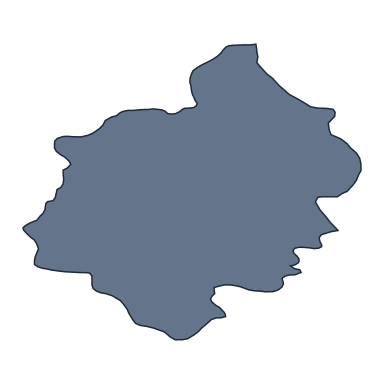 Vietka, Gomel, Belarus (Equal Earth projection)
{"feature_id": "67162791B72598168140482", "entity_name": "Vietka", "entity_type": "district", "adm_level": 2, "iso_a3": "BLR", "parent_name": "Belarus", "parent_adm1": "Gomel", "projection": "equal_earth", "projection_center": [31.254, 52.716], "detail": "fine", "context": "isolated", "style": "filled", "palette": "slate", "viewbox_px": 384, "rotation_deg": 0, "n_neighbors": 0, "source": "geoboundaries", "source_scale": "gbopen_adm2", "svg_char_len": 2904}
<svg xmlns="http://www.w3.org/2000/svg" viewBox="0 0 384 384"><path d="M338.0,230.5L337.9,230.3L330.2,222.3L326.0,216.8L320.1,210.0L315.4,202.0L317.9,197.2L322.1,196.8L329.8,196.8L337.4,196.8L342.0,193.6L347.1,191.4L353.0,185.0L356.3,180.5L358.4,175.3L361.0,170.5L360.9,163.8L359.7,158.3L356.3,152.9L350.3,147.7L347.0,143.6L340.6,138.8L330.9,134.6L329.2,129.8L328.3,123.1L334.7,116.4L335.1,112.2L333.0,109.3L326.6,108.4L317.8,108.1L310.6,106.8L305.1,103.3L297.9,99.1L289.5,94.6L278.9,85.4L272.6,78.4L267.1,74.2L261.2,67.8L256.9,62.7L257.8,57.0L256.9,51.9L256.5,47.8L255.9,44.2L250.1,44.9L246.8,44.9L243.3,44.9L238.1,45.1L232.6,45.3L228.3,45.9L225.8,47.2L223.4,49.7L221.7,52.1L220.4,53.6L217.1,56.5L212.4,59.6L207.0,62.4L201.8,64.9L196.9,67.8L193.1,70.7L191.7,73.6L190.1,78.1L189.8,82.1L190.9,85.6L191.4,90.1L192.5,94.7L193.9,97.3L195.0,100.2L197.2,103.5L196.3,105.6L194.1,107.5L189.5,108.1L184.6,108.3L182.4,109.3L179.7,111.6L175.3,113.7L171.5,114.1L167.6,113.5L165.2,111.2L161.6,109.8L153.4,108.9L148.0,109.5L144.4,109.5L139.2,109.8L133.2,110.4L128.0,110.4L123.1,111.4L120.1,112.7L117.4,115.1L116.3,115.8L111.6,117.0L105.3,120.5L102.9,125.1L99.3,128.8L92.8,133.2L87.6,135.4L81.0,136.9L72.5,136.7L67.3,136.3L63.2,136.5L57.5,138.3L54.8,141.0L54.5,144.1L54.5,148.1L56.4,151.4L60.2,154.5L64.6,157.0L68.9,161.0L70.8,164.3L67.0,168.2L63.2,170.1L63.2,175.1L63.7,179.2L63.1,183.8L61.0,187.3L59.8,188.0L57.1,189.4L55.2,197.7L53.0,200.7L47.8,201.6L46.0,203.2L45.3,206.8L45.0,209.7L42.9,213.5L39.9,216.3L37.1,220.1L29.5,223.2L25.3,225.7L23.0,227.9L23.6,230.1L26.5,233.3L30.9,237.5L34.2,239.9L36.0,242.5L37.9,246.8L38.4,249.0L35.2,256.8L34.5,260.7L34.5,264.5L37.3,266.4L37.8,266.8L43.0,268.4L46.6,268.9L52.0,270.1L60.0,271.2L65.7,271.8L73.1,272.2L80.5,272.6L85.4,272.6L89.5,273.0L92.0,276.2L92.0,280.6L92.0,285.2L93.3,288.7L96.6,291.2L100.5,292.7L105.9,293.7L112.0,295.6L115.5,297.7L120.5,300.7L123.5,304.2L127.3,309.4L128.7,313.0L132.5,319.3L135.5,323.3L140.2,325.4L146.7,326.4L153.0,327.9L160.7,330.6L164.3,331.9L167.6,334.6L170.0,336.9L175.2,339.7L175.4,339.8L179.2,339.7L182.6,339.7L187.7,338.7L194.3,334.7L199.1,330.9L201.7,328.0L206.4,324.1L211.5,319.5L216.4,317.9L221.0,317.8L225.6,316.6L225.2,314.3L224.1,312.3L219.4,307.3L215.7,305.3L211.7,301.7L210.6,299.1L211.7,296.5L214.7,293.6L214.3,290.8L214.1,287.5L218.5,286.3L224.1,284.9L230.4,284.9L235.0,285.6L240.6,286.8L244.8,288.4L248.9,289.9L254.3,290.8L260.3,291.2L265.7,291.8L273.4,291.6L278.3,289.9L281.8,287.2L283.4,284.0L283.0,281.6L282.0,278.5L284.8,276.2L289.2,275.0L294.9,274.8L301.1,272.4L299.8,269.8L294.4,268.6L290.5,265.9L294.9,264.9L298.2,262.9L299.1,260.9L298.9,258.8L296.8,255.9L293.9,253.4L293.1,250.6L294.7,248.3L299.5,247.2L303.8,247.4L309.1,247.8L314.3,248.6L318.7,248.2L321.7,246.6L321.7,245.1L319.8,241.2L319.2,237.7L321.2,234.8L325.7,233.3L331.5,231.6L335.7,230.9L338.0,230.5Z" fill="#64748b" stroke="#1e293b" stroke-width="1.5"/></svg>